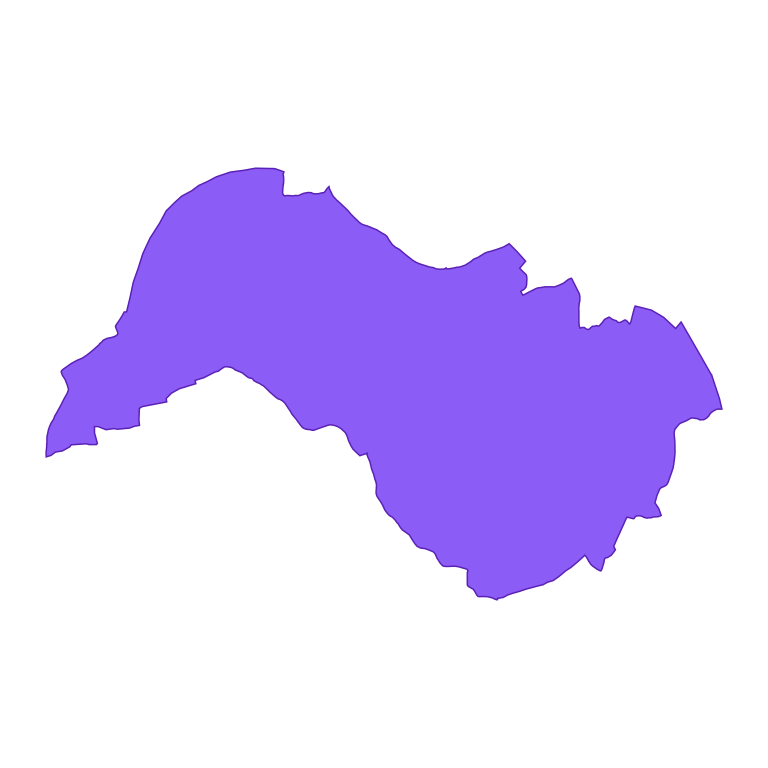 Concordia, Magdalena, Colombia (Natural Earth projection)
{"feature_id": "7082276B98698939167596", "entity_name": "Concordia", "entity_type": "district", "adm_level": 2, "iso_a3": "COL", "parent_name": "Colombia", "parent_adm1": "Magdalena", "projection": "natural_earth1", "projection_center": [-74.777, 10.231], "detail": "fine", "context": "isolated", "style": "filled", "palette": "violet", "viewbox_px": 768, "rotation_deg": 0, "n_neighbors": 0, "source": "geoboundaries", "source_scale": "gbopen_adm2", "svg_char_len": 6048}
<svg xmlns="http://www.w3.org/2000/svg" viewBox="0 0 768 768"><path d="M46.2,456.9L51.0,455.4L55.4,452.1L62.4,450.9L69.8,446.8L71.2,444.8L86.1,443.8L89.4,444.6L96.4,444.6L97.4,443.4L94.5,432.8L94.5,426.6L98.2,426.6L106.0,429.7L113.7,428.6L117.6,429.2L129.4,428.1L134.6,426.2L139.5,425.4L138.9,419.8L139.4,408.3L142.2,406.6L166.7,401.9L166.2,398.5L171.4,393.2L179.4,388.7L195.8,383.7L195.1,380.4L203.9,377.7L215.0,372.0L218.5,371.1L221.3,368.9L223.5,367.5L224.9,366.7L228.1,366.9L231.1,367.4L233.3,368.4L235.4,370.1L236.6,370.4L237.9,371.1L240.5,372.0L242.8,373.2L246.1,375.9L248.4,377.6L251.7,378.4L252.9,379.1L253.8,380.6L255.5,381.5L256.7,382.3L259.7,383.5L261.3,384.7L263.3,385.7L266.4,388.6L270.2,392.4L275.1,396.7L277.7,398.7L280.1,399.5L282.4,400.8L284.9,403.1L288.4,408.4L290.2,411.0L292.0,414.3L296.0,419.0L300.2,424.8L302.3,427.3L303.8,428.3L305.7,429.1L308.0,429.5L309.7,429.6L311.9,430.2L313.0,430.3L314.0,430.2L319.6,428.1L327.8,425.3L330.0,424.8L333.2,425.2L335.6,425.8L337.9,426.7L340.8,428.5L343.1,430.5L345.5,432.8L347.2,436.3L348.6,440.8L350.9,445.7L352.9,449.0L355.3,451.4L359.9,455.7L361.2,455.2L365.5,453.9L367.3,453.2L367.0,454.8L368.0,457.4L370.0,462.0L371.7,469.3L373.5,473.9L374.9,479.1L376.2,482.9L376.5,485.6L376.1,491.8L376.2,493.7L376.8,495.9L378.5,498.7L379.8,500.4L382.6,505.1L384.5,509.3L385.6,511.1L386.9,512.8L388.2,514.3L389.3,515.4L390.5,516.2L392.1,517.0L393.4,518.2L395.5,520.5L396.8,522.5L398.2,523.8L399.5,526.1L400.8,528.1L401.5,528.9L402.5,530.1L403.6,530.8L409.3,534.9L413.0,540.9L415.1,544.0L416.9,546.1L418.6,547.1L420.7,548.1L423.5,548.4L425.3,548.7L428.6,549.9L432.8,551.6L434.0,552.4L435.6,554.7L436.8,557.8L440.4,563.4L442.8,565.9L444.0,566.3L446.9,566.5L454.6,566.2L458.3,566.7L466.7,569.1L467.9,570.3L467.3,572.6L467.3,584.9L467.8,585.9L468.9,586.8L473.3,589.3L474.8,591.5L476.6,594.7L477.8,596.3L479.7,596.7L481.9,596.5L487.7,596.7L490.2,597.4L492.1,597.8L494.6,599.0L496.8,599.8L497.5,599.6L497.6,598.4L503.3,597.4L507.7,595.0L512.6,593.3L519.7,591.3L525.5,589.3L537.7,586.0L543.1,584.7L547.6,582.2L553.3,580.5L559.3,576.2L565.9,570.7L570.7,567.6L577.9,561.6L584.9,555.2L586.5,557.2L588.7,561.2L591.0,564.6L593.2,566.5L597.1,569.2L600.1,570.8L600.9,570.9L601.8,569.4L603.9,562.5L604.3,559.9L605.0,558.3L606.0,557.7L607.2,557.7L611.2,555.3L613.0,553.1L615.4,549.8L615.0,548.8L613.8,546.8L614.1,545.5L617.2,538.3L620.0,532.3L626.3,518.3L626.8,517.2L629.4,517.7L633.1,518.7L634.1,518.5L635.4,516.5L636.8,515.9L638.9,515.8L640.5,515.9L641.8,516.2L643.8,517.3L645.9,517.9L647.0,518.1L648.8,517.8L651.5,517.7L653.4,516.9L655.5,516.9L658.1,516.7L660.4,515.9L661.2,515.3L658.7,508.5L654.9,502.7L656.0,499.2L656.8,495.9L659.7,489.1L660.6,488.1L661.6,487.5L663.8,486.5L665.6,485.6L666.6,484.8L667.2,483.9L668.1,482.3L671.7,472.2L672.3,470.2L673.1,468.0L673.6,465.1L674.6,457.8L675.0,452.7L674.9,444.7L674.8,441.0L674.1,433.2L674.4,431.2L674.8,429.5L676.4,427.4L677.7,425.8L679.1,424.2L680.3,423.3L687.3,420.3L690.2,418.5L692.3,417.9L697.5,418.7L698.6,419.1L699.4,419.8L703.6,419.7L705.1,419.0L707.1,417.7L708.6,416.1L710.1,413.8L711.2,412.6L713.8,410.7L716.0,409.6L717.5,409.1L721.9,409.1L719.5,398.8L711.8,375.5L711.8,375.2L711.7,375.2L709.6,371.7L701.1,356.7L681.1,322.0L675.6,328.5L663.7,317.4L651.4,310.1L635.9,306.2L635.9,306.4L635.1,306.2L634.1,309.0L630.8,322.0L629.7,324.0L629.3,323.8L627.2,321.3L625.9,320.2L624.7,320.0L620.6,322.3L618.9,322.5L617.5,322.1L616.8,321.1L615.8,320.5L614.7,320.3L612.0,319.1L610.3,317.9L609.0,317.1L606.5,318.4L604.6,319.4L602.9,321.6L602.5,322.3L600.3,324.7L598.9,326.1L597.9,326.0L596.7,325.6L594.0,326.3L592.5,326.3L590.8,327.6L589.6,328.8L588.5,329.5L587.4,329.4L586.3,329.0L585.0,328.0L584.1,327.4L581.6,327.6L580.0,328.1L579.6,327.0L579.1,325.2L578.9,320.3L578.9,312.1L578.8,307.9L579.2,303.5L579.8,300.9L579.9,296.3L579.2,293.5L571.6,278.4L571.0,278.3L568.4,279.4L563.6,283.1L559.4,285.1L555.3,286.6L554.5,287.0L552.7,286.8L545.2,286.8L539.1,287.8L538.2,287.8L535.9,288.6L529.3,291.9L525.2,294.1L522.9,295.2L520.7,291.4L524.0,289.4L526.0,287.2L526.6,284.6L526.9,279.0L526.7,276.4L526.1,274.6L521.9,270.6L519.7,268.2L525.6,261.2L517.5,252.1L509.2,243.7L503.9,246.8L501.9,247.6L496.5,249.5L490.7,251.3L487.7,252.0L484.5,253.3L477.5,257.7L475.1,258.5L473.2,259.5L470.5,261.8L465.1,265.2L461.9,266.3L459.8,267.0L456.6,267.3L453.3,268.1L448.1,268.9L446.9,268.9L446.1,267.9L445.6,268.4L444.7,268.7L444.5,269.0L440.1,269.2L436.3,268.9L433.3,267.6L429.5,267.0L426.4,266.0L418.9,263.6L415.9,262.2L412.6,260.2L406.1,255.1L403.0,252.5L399.5,249.5L397.3,248.2L395.5,247.4L394.6,246.5L393.3,245.5L392.0,244.2L390.7,242.4L388.8,239.6L387.0,236.4L385.0,234.7L382.7,233.5L378.6,231.0L376.9,229.8L374.7,229.0L369.7,226.9L367.1,225.9L364.3,225.1L361.7,224.1L359.3,222.4L356.4,219.5L353.4,216.7L350.6,213.8L347.8,210.4L338.4,201.5L336.3,199.8L335.5,198.7L333.9,197.2L332.5,195.2L331.0,192.0L329.4,188.6L329.0,186.6L327.4,188.2L326.1,189.9L325.1,191.4L324.2,192.5L322.0,192.8L319.0,193.6L316.3,193.9L315.2,193.8L313.0,193.6L311.5,192.7L308.0,192.5L303.8,193.3L301.0,194.4L299.2,195.3L297.4,195.6L294.7,195.5L292.7,196.0L290.9,195.7L287.0,195.5L284.4,195.9L282.8,194.0L282.6,192.4L282.9,187.4L283.6,182.8L283.7,178.8L283.5,175.9L283.1,174.8L283.9,171.8L274.7,168.6L255.5,168.2L244.0,170.3L230.3,172.1L216.4,176.8L207.5,181.5L198.9,185.4L191.5,190.9L181.6,196.2L174.8,202.4L166.2,210.9L159.6,223.2L150.0,238.2L142.9,253.4L138.1,268.6L133.3,282.1L130.1,297.3L126.6,311.8L124.2,312.0L122.1,315.9L119.0,320.8L117.0,323.6L115.6,325.8L115.6,327.2L117.5,331.8L117.9,333.5L117.3,334.7L115.2,336.3L111.4,337.5L107.0,338.4L103.2,340.2L101.8,342.0L99.7,343.6L98.8,345.0L91.5,351.4L86.7,355.2L82.0,358.3L77.1,360.3L71.4,363.4L63.2,369.2L62.2,370.1L61.6,370.7L61.3,371.3L61.3,372.4L62.5,375.5L63.5,377.0L65.1,379.5L67.5,385.7L68.5,389.4L67.8,391.6L67.2,393.3L63.9,399.1L60.9,405.1L56.9,412.4L54.7,416.1L53.6,419.2L51.3,422.7L49.7,426.2L48.5,429.5L47.0,436.6L46.9,439.9L47.0,441.9L46.7,444.3L46.6,448.0L46.2,451.0L46.1,454.0L46.2,456.9Z" fill="#8b5cf6" stroke="#5b21b6" stroke-width="1.5"/></svg>